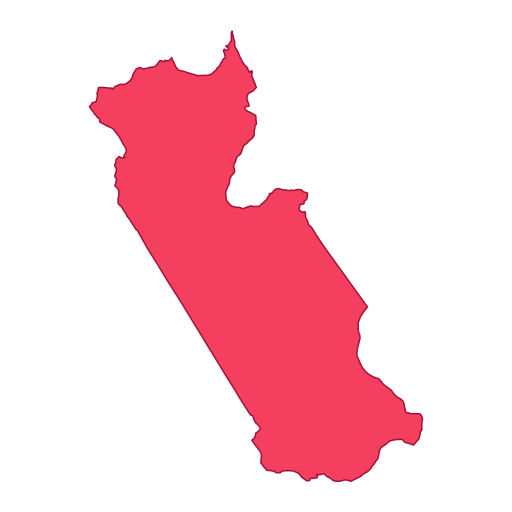 outline of Paraiso, Cartago, Costa Rica
{"feature_id": "36466004B34064705280782", "entity_name": "Paraiso", "entity_type": "district", "adm_level": 2, "iso_a3": "CRI", "parent_name": "Costa Rica", "parent_adm1": "Cartago", "projection": "orthographic", "projection_center": [-83.78, 9.73], "detail": "fine", "context": "isolated", "style": "filled", "palette": "rose", "viewbox_px": 512, "rotation_deg": 0, "n_neighbors": 0, "source": "geoboundaries", "source_scale": "gbopen_adm2", "svg_char_len": 5970}
<svg xmlns="http://www.w3.org/2000/svg" viewBox="0 0 512 512"><path d="M413.5,445.0L418.9,438.8L420.3,433.2L420.3,431.8L421.7,430.1L421.9,429.1L421.7,424.5L421.9,423.2L421.9,421.8L422.4,420.5L422.5,418.3L421.5,415.9L420.3,414.0L418.2,413.7L410.4,413.6L408.9,413.0L406.6,412.5L406.1,412.2L405.6,411.5L405.3,410.5L405.1,408.8L404.3,406.0L404.0,403.5L402.6,400.6L400.6,399.0L397.8,397.4L395.7,395.7L394.1,394.1L391.0,390.0L384.2,385.0L382.3,383.1L380.6,380.6L379.2,379.2L378.2,378.5L376.4,378.1L374.7,377.3L373.4,377.0L371.2,375.8L371.1,375.5L368.7,374.3L365.5,371.4L362.6,367.9L361.7,366.4L359.4,361.6L358.5,359.1L356.9,356.1L356.9,351.9L357.3,349.3L360.0,338.3L359.8,335.3L358.9,333.1L358.4,330.8L358.1,324.2L358.7,321.0L359.8,318.6L360.1,317.3L363.7,311.6L364.3,311.1L365.3,309.5L366.2,308.7L367.4,306.9L326.0,249.4L319.7,240.3L311.4,227.2L308.7,224.8L307.3,220.6L305.6,217.5L305.4,212.2L304.8,211.7L302.1,212.1L300.0,210.6L299.6,210.1L299.1,209.9L299.1,208.5L300.2,204.7L301.4,204.0L302.2,204.4L303.3,204.0L304.1,203.2L304.3,201.1L304.7,200.7L305.6,200.3L306.5,199.4L307.0,198.3L307.6,193.3L306.9,192.8L303.3,191.8L302.3,190.5L300.5,189.6L297.4,189.5L293.8,190.5L291.2,190.1L290.3,190.5L289.1,190.5L287.2,190.3L285.4,189.8L283.8,190.1L278.8,188.6L276.3,189.0L275.7,189.2L273.3,191.1L273.0,192.2L270.6,193.6L269.7,193.6L270.2,194.2L269.1,195.3L267.8,197.2L267.1,198.8L265.7,200.5L264.1,201.7L263.3,203.0L261.7,203.7L260.5,205.4L259.3,206.0L258.6,206.6L257.4,206.3L254.2,206.5L249.8,206.0L248.5,206.8L247.2,206.9L246.1,207.7L244.7,207.9L243.4,208.8L239.1,207.3L236.7,207.4L232.0,206.2L230.3,205.0L227.7,202.0L226.5,200.2L225.9,197.3L225.9,195.2L225.7,193.6L225.8,191.9L227.0,188.3L229.2,183.9L229.8,179.4L230.5,177.4L231.7,175.4L233.9,173.0L234.6,171.6L234.5,169.5L233.6,167.0L234.1,164.1L234.7,163.0L235.1,162.6L236.9,157.0L240.2,154.3L240.9,153.4L243.3,146.4L244.8,144.7L245.3,144.5L246.9,143.2L248.2,141.6L249.1,141.2L249.5,140.5L250.9,139.3L252.3,138.4L253.0,137.0L254.1,135.8L254.2,131.1L254.6,128.8L254.9,128.4L254.9,126.2L255.2,125.2L256.3,124.4L256.3,121.9L255.9,119.7L255.9,116.4L255.6,115.4L252.5,113.8L252.4,113.5L248.0,111.4L246.4,110.4L244.8,108.8L244.8,108.0L245.7,106.7L248.9,106.2L248.9,104.3L248.1,102.6L246.9,98.9L246.9,97.2L247.8,94.4L248.2,93.7L249.1,93.0L252.6,91.3L255.3,88.6L256.3,87.3L255.2,84.3L254.8,83.8L254.7,82.8L254.1,81.5L253.5,80.8L253.4,79.4L251.6,75.8L252.0,74.2L252.1,71.3L251.9,70.9L251.4,70.9L250.6,71.4L250.6,71.7L250.0,72.4L249.4,72.2L248.9,71.3L248.7,71.1L248.5,70.3L247.7,69.5L247.7,68.4L247.1,67.3L244.9,65.3L244.2,64.2L243.1,63.1L241.8,60.5L241.0,59.2L240.1,57.0L239.7,56.6L238.9,54.1L237.7,51.5L237.2,50.8L237.0,50.1L235.3,47.4L234.7,45.7L234.6,41.3L233.3,37.5L233.3,36.4L232.3,33.1L232.2,30.7L231.3,33.0L231.3,36.6L231.4,37.1L231.3,40.8L229.1,43.8L229.0,44.6L228.8,45.0L227.6,45.5L226.1,45.7L226.1,46.4L227.5,47.6L228.7,48.1L228.7,48.7L228.0,49.7L227.3,50.2L225.5,50.2L224.9,49.3L224.3,49.3L223.7,50.0L223.6,51.4L224.2,52.7L224.8,54.5L225.2,56.9L225.1,57.7L224.0,58.8L223.1,59.1L222.4,61.0L221.1,62.6L219.6,66.0L217.2,68.0L216.1,70.1L215.1,70.6L212.4,73.4L211.4,74.0L207.9,75.3L197.7,75.6L187.9,72.8L185.6,71.9L179.2,70.3L178.3,69.8L176.2,67.4L174.8,64.8L173.5,61.7L172.8,60.8L171.8,57.8L168.7,60.8L164.7,60.5L164.6,61.4L163.8,61.6L161.5,60.7L159.9,60.7L156.2,65.4L155.2,66.4L154.2,66.8L152.1,67.2L149.4,67.3L147.3,68.3L145.5,68.4L143.8,68.9L142.8,68.9L140.3,67.6L139.6,67.5L136.3,69.0L135.8,69.4L135.2,71.0L134.6,71.6L133.2,74.0L132.5,76.1L132.4,77.4L131.2,78.8L130.5,80.3L128.7,81.9L125.0,84.3L123.1,84.5L121.6,84.2L119.4,84.6L117.3,85.7L115.2,86.4L114.4,87.2L113.9,88.2L112.6,88.6L112.3,88.9L112.0,88.2L108.2,88.0L104.4,87.5L99.3,87.4L98.4,87.8L98.3,89.2L97.7,91.5L97.1,92.7L97.1,94.1L97.5,95.7L96.5,100.6L95.8,101.6L95.1,102.2L93.5,102.2L92.0,103.1L91.3,104.7L90.5,105.7L89.7,106.1L89.5,106.8L94.0,112.9L94.4,114.0L96.6,115.9L97.4,117.6L98.2,118.0L99.5,118.3L99.7,121.9L106.8,125.8L111.5,127.9L113.2,128.9L119.3,136.8L123.8,145.1L125.2,147.1L126.1,149.2L126.1,152.0L124.3,154.9L123.9,156.1L124.1,157.4L124.5,157.6L123.3,157.9L121.5,157.8L120.8,157.6L119.1,156.5L117.9,157.9L116.2,159.2L115.7,162.6L114.7,164.9L114.9,166.3L116.0,168.0L116.4,169.1L116.3,171.1L114.8,175.7L114.9,176.7L115.7,177.3L115.8,178.0L116.3,178.4L116.3,180.4L115.6,183.9L115.0,185.1L115.0,186.0L117.3,188.1L118.3,189.7L118.9,192.0L118.9,195.2L118.1,198.5L118.0,199.7L118.2,203.0L118.7,204.2L120.9,206.2L122.7,208.6L123.1,209.6L126.2,214.2L126.8,215.9L130.5,220.6L131.4,222.5L135.1,227.8L135.6,229.1L137.3,230.3L148.1,249.5L156.3,262.4L167.5,280.9L181.0,302.1L223.6,371.9L235.4,390.8L240.8,399.9L250.4,414.9L251.8,415.3L252.8,416.0L253.9,419.5L255.6,422.7L256.1,423.3L257.3,424.2L259.4,426.6L260.2,428.4L260.2,428.9L258.4,431.3L255.7,433.1L255.5,435.3L255.0,436.6L253.8,438.8L251.9,440.1L251.9,440.4L254.5,443.9L255.3,445.2L257.6,447.8L257.9,448.6L260.6,452.0L261.4,454.9L261.4,457.6L261.1,458.2L260.9,463.0L261.9,464.0L263.5,466.5L265.6,468.7L266.2,469.8L267.5,470.4L270.4,470.6L272.3,470.9L274.5,471.6L276.4,472.8L280.3,472.7L282.1,471.1L284.0,470.8L287.8,470.7L292.2,470.8L293.6,471.1L298.6,473.3L302.0,477.4L305.3,479.9L307.0,480.8L308.7,480.8L309.5,480.5L310.4,478.8L311.3,478.2L316.1,478.1L317.2,477.5L317.4,477.1L317.4,475.4L317.6,475.2L317.0,474.7L320.2,474.7L322.6,474.0L324.3,473.7L325.4,475.1L327.1,476.6L330.9,478.5L332.7,480.2L334.2,480.9L337.1,481.3L339.5,481.3L340.9,480.8L342.1,480.7L343.6,480.1L346.0,479.9L348.8,480.5L349.6,481.0L350.9,481.3L361.3,476.0L361.7,475.3L363.7,473.9L366.1,472.4L367.2,472.0L368.7,470.6L371.2,468.0L371.2,467.6L372.1,466.2L374.5,463.4L375.9,461.1L377.7,458.9L378.8,454.8L379.3,451.1L380.2,448.8L381.1,447.7L382.4,446.5L385.8,444.4L388.1,442.3L389.7,441.0L390.7,440.6L391.5,440.6L392.5,440.2L395.5,439.7L397.8,439.5L401.9,439.4L402.3,439.5L402.8,440.0L404.1,441.7L404.5,441.7L405.0,442.2L406.7,442.9L408.2,443.1L409.7,443.8L411.5,444.2L413.5,445.0Z" fill="#f43f5e" stroke="#9f1239" stroke-width="1.5"/></svg>